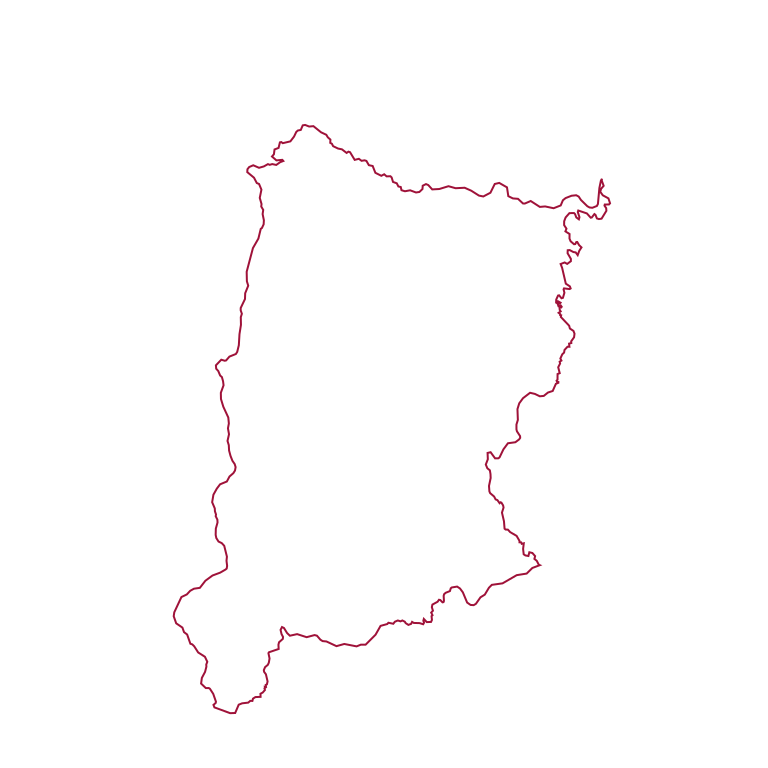 outline of Nóvita, Chocó, Colombia, rotated 163°
{"feature_id": "7082276B8825594364674", "entity_name": "Nóvita", "entity_type": "district", "adm_level": 2, "iso_a3": "COL", "parent_name": "Colombia", "parent_adm1": "Chocó", "projection": "natural_earth1", "projection_center": [-76.662, 4.842], "detail": "fine", "context": "isolated", "style": "outline", "palette": "rose", "viewbox_px": 768, "rotation_deg": 163, "n_neighbors": 0, "source": "geoboundaries", "source_scale": "gbopen_adm2", "svg_char_len": 6166}
<svg xmlns="http://www.w3.org/2000/svg" viewBox="0 0 768 768"><g transform="rotate(163 384 384)"><path d="M539.3,451.0L540.0,447.7L538.7,444.9L538.2,440.0L537.0,438.0L537.1,433.7L537.8,429.7L542.6,423.3L544.3,417.3L544.3,409.2L542.7,397.5L543.9,391.6L546.2,387.2L546.9,381.3L550.3,375.3L550.3,370.9L551.6,365.7L551.8,360.2L551.4,354.9L550.2,351.1L550.2,347.9L551.8,344.8L554.1,342.8L558.8,340.7L562.8,336.7L570.1,336.0L574.5,332.8L579.5,328.0L582.9,321.2L582.2,314.5L582.9,311.7L582.8,308.3L583.6,306.8L583.0,303.0L583.7,300.2L587.1,294.9L589.1,288.9L589.4,285.7L588.3,281.7L585.7,279.3L584.1,276.0L584.7,264.8L586.3,261.0L587.2,255.9L588.4,253.5L589.8,252.9L595.8,251.5L604.0,251.0L612.3,248.1L619.7,242.9L625.6,243.8L629.8,242.9L634.1,240.4L640.0,239.5L651.3,227.0L653.0,223.4L652.7,215.9L648.0,210.0L647.8,205.2L645.5,202.0L645.1,192.2L643.5,191.1L642.2,188.7L640.2,181.6L635.0,175.5L634.2,170.0L636.0,167.7L636.5,165.6L639.3,161.0L644.1,156.2L646.5,151.0L643.3,145.3L640.5,144.5L639.6,143.5L637.9,137.6L637.6,129.3L638.2,128.2L640.9,127.0L640.7,124.3L627.4,114.2L622.5,112.9L616.7,119.8L613.0,120.1L607.0,119.0L604.5,120.1L602.5,119.4L601.3,121.4L598.5,122.2L593.5,120.9L592.7,123.9L590.2,124.4L587.3,126.2L587.3,127.9L586.4,128.2L586.4,129.3L585.4,128.9L585.1,130.8L583.8,131.0L582.3,133.6L581.8,140.9L582.8,143.8L582.6,145.5L580.5,148.0L577.2,149.4L575.6,151.2L573.7,155.0L573.2,160.4L572.4,161.1L562.2,161.4L561.2,165.5L559.9,167.7L555.3,169.8L554.5,171.6L555.1,174.8L554.8,179.1L552.6,181.4L551.0,179.9L549.5,174.2L547.6,170.8L540.2,170.2L532.0,164.5L523.8,164.2L521.7,162.9L519.6,158.1L517.9,156.1L514.3,154.6L506.1,147.2L498.0,147.0L486.9,141.1L482.3,141.5L477.8,140.1L465.4,146.7L458.0,153.7L451.0,153.5L449.6,154.4L445.2,152.0L443.1,153.5L439.9,153.8L437.6,152.2L435.6,152.5L433.6,150.6L433.2,149.0L431.1,146.5L428.2,146.7L426.7,148.3L425.4,146.8L419.8,144.9L416.8,142.8L415.5,144.0L415.6,146.1L414.6,147.7L412.7,143.8L408.6,142.7L407.1,144.4L406.4,148.1L405.2,148.7L405.7,151.6L403.5,152.9L403.5,156.6L402.2,158.9L396.4,160.1L394.5,161.6L393.3,160.9L391.9,158.1L390.9,158.0L390.1,159.0L388.9,163.9L388.0,165.4L386.1,166.3L381.5,166.7L379.9,169.1L378.7,169.6L373.3,168.9L371.1,166.2L369.5,161.7L368.4,150.7L365.8,147.4L362.9,146.3L360.4,146.9L354.1,151.8L349.2,153.1L343.2,158.5L339.6,160.4L328.9,158.7L313.0,162.4L303.0,161.0L295.9,164.7L288.0,165.2L288.8,165.9L289.6,170.2L291.3,172.8L289.8,175.2L291.5,179.0L294.2,180.6L296.2,177.3L298.9,178.7L300.2,180.3L299.2,185.6L296.9,190.8L299.0,190.9L299.1,192.4L300.7,193.0L300.3,194.3L301.6,200.0L306.6,205.4L308.1,208.5L310.3,209.3L311.0,210.4L309.4,217.7L308.8,226.5L305.8,230.9L305.6,233.1L306.4,236.2L307.1,236.8L308.3,236.2L309.5,239.8L311.0,241.0L311.6,244.2L314.4,248.6L314.6,250.5L313.4,255.8L309.5,262.9L308.5,266.7L308.0,270.5L309.8,273.2L310.2,277.2L306.7,281.7L305.1,287.8L302.0,287.6L299.5,280.4L296.3,279.5L294.9,280.1L288.9,286.6L282.8,291.1L275.4,289.9L271.0,291.5L269.5,292.7L269.1,294.4L270.7,299.9L270.6,301.9L269.2,306.5L266.5,310.5L263.7,321.0L260.3,326.0L255.2,329.8L246.9,332.9L242.6,330.4L238.6,326.7L234.7,325.9L229.7,327.9L224.7,328.0L219.6,333.9L216.9,334.2L216.7,334.9L217.8,335.2L218.0,336.7L216.8,337.4L215.1,342.8L212.8,343.0L212.5,349.1L209.6,352.1L209.5,354.0L207.5,354.5L207.9,356.8L204.8,360.3L202.6,361.4L201.4,363.8L197.6,366.0L195.8,365.4L195.2,368.5L192.9,368.4L192.5,370.1L188.6,373.1L187.1,376.4L187.3,379.4L190.0,382.7L189.9,385.6L195.3,396.4L194.5,397.9L195.4,398.4L195.1,399.4L196.2,401.0L193.8,401.8L194.3,403.4L193.7,406.4L192.1,405.4L191.5,405.9L192.0,407.4L194.4,407.5L194.5,410.1L192.3,409.5L191.4,410.1L193.4,412.2L194.9,410.8L195.6,411.5L194.6,414.4L191.7,417.7L190.6,417.6L189.2,414.1L187.7,414.1L184.8,418.5L184.6,422.0L183.9,422.8L178.7,420.5L177.6,420.8L177.7,423.0L180.8,426.8L179.7,443.0L180.0,447.1L175.7,447.4L173.7,445.3L169.4,446.8L168.7,449.0L170.2,455.4L169.2,458.2L167.3,457.8L164.3,454.8L162.2,453.8L161.1,450.6L158.3,454.3L155.2,456.9L156.8,459.7L157.7,463.3L158.6,463.5L160.2,461.9L161.4,462.1L163.8,465.9L164.1,468.8L162.7,473.2L165.9,476.9L164.1,479.2L165.3,483.3L164.1,487.0L161.6,490.2L156.7,493.2L152.3,491.9L151.6,490.6L151.4,487.1L149.5,484.5L148.3,486.4L148.4,491.8L147.5,493.1L140.1,487.8L137.7,482.6L136.6,482.5L133.1,485.0L132.3,483.9L132.0,480.1L130.3,478.9L127.6,478.5L120.7,484.6L120.1,487.2L121.0,490.1L120.4,491.1L116.4,489.9L115.0,490.7L115.1,495.9L119.6,500.5L121.0,504.7L119.3,507.2L116.0,509.3L116.3,514.8L115.6,516.5L117.1,515.1L120.7,508.5L126.8,493.6L128.4,492.0L133.2,491.6L135.8,492.7L137.6,494.6L141.9,502.5L143.0,506.3L145.0,508.3L149.6,509.2L156.0,508.7L159.2,507.4L162.8,503.1L170.4,502.5L178.0,506.7L183.2,507.8L190.2,516.1L196.6,515.4L198.3,516.0L201.7,521.9L206.5,523.8L210.2,527.3L208.9,536.1L215.0,542.6L219.6,542.9L226.3,535.8L234.2,534.3L238.1,536.4L244.0,543.3L249.5,548.1L258.3,550.3L264.5,554.3L274.1,554.3L281.0,556.0L283.5,561.3L285.4,562.9L289.0,562.3L290.2,559.2L294.0,557.3L297.4,557.8L302.4,561.6L307.6,562.2L310.6,564.2L310.4,567.5L312.5,568.7L313.1,572.2L316.3,574.6L316.3,579.3L317.1,580.8L320.8,581.8L322.5,584.5L325.7,583.9L330.5,588.5L331.1,595.8L334.5,597.7L335.6,602.5L337.2,603.6L340.2,604.0L342.2,606.7L346.5,606.9L348.7,615.6L350.1,616.6L352.2,615.9L355.6,620.7L359.1,622.6L363.1,626.3L363.6,629.0L364.9,630.3L363.8,633.4L365.6,636.3L366.3,639.2L370.6,643.1L376.1,651.2L380.3,652.1L383.7,654.8L386.1,655.1L389.3,651.3L392.3,651.6L394.2,650.7L397.7,646.9L402.6,643.4L410.4,643.9L411.5,645.4L412.9,645.5L415.8,640.6L420.1,640.3L422.1,635.9L424.6,634.3L421.5,629.3L415.7,628.1L415.1,626.7L418.4,626.5L423.0,625.0L426.6,627.0L429.2,627.0L430.7,628.2L435.3,627.2L440.3,627.3L445.1,631.4L449.5,630.9L451.8,629.3L452.8,626.6L448.0,619.3L446.9,613.4L445.0,611.8L444.4,605.7L448.4,598.3L448.5,591.9L449.5,589.6L448.6,585.8L450.4,582.0L451.0,575.7L452.4,571.9L455.1,568.9L456.5,568.4L461.6,559.8L469.6,552.3L482.5,531.5L485.1,522.3L485.1,517.7L490.2,511.4L492.1,505.9L498.8,498.6L499.5,496.4L499.4,492.7L501.4,489.8L503.5,482.4L507.6,474.0L511.5,463.5L515.0,457.6L516.9,456.0L523.8,455.4L528.1,452.7L529.5,452.8L532.5,454.8L539.3,451.0Z" fill="none" stroke="#9f1239" stroke-width="2"/></g></svg>